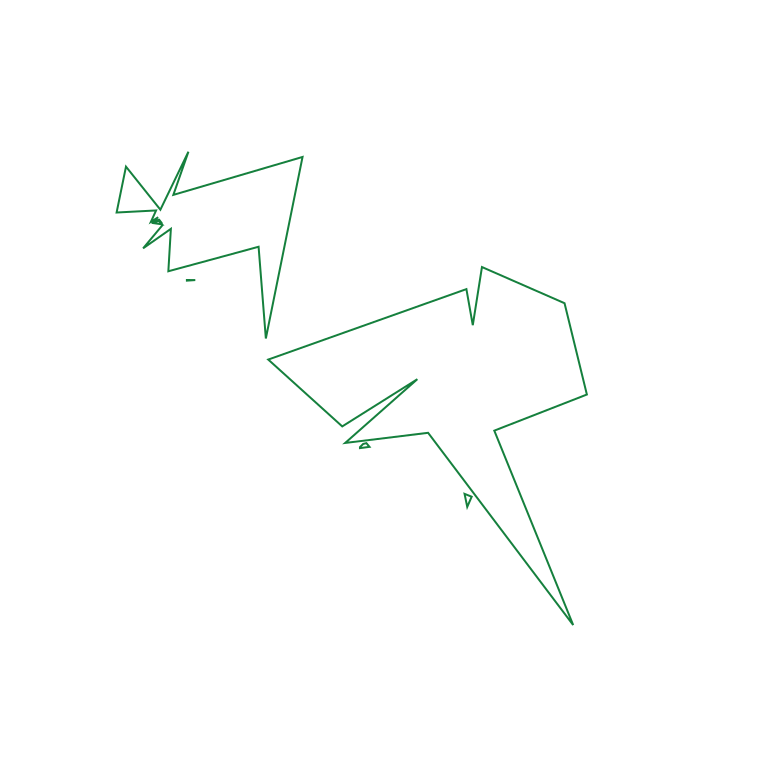 the border of Newfoundland and Labrador, rotated 161°
{"feature_id": "CAN-686", "entity_name": "Newfoundland and Labrador", "entity_type": "Province", "adm_level": 1, "iso_a3": "CAN", "parent_name": "Canada", "parent_adm1": "", "projection": "orthographic", "projection_center": [-58.847, 53.496], "detail": "coarse", "context": "isolated", "style": "outline", "palette": "green", "viewbox_px": 768, "rotation_deg": 161, "n_neighbors": 0, "source": "natural_earth", "source_scale": "10m", "svg_char_len": 769}
<svg xmlns="http://www.w3.org/2000/svg" viewBox="0 0 768 768"><g transform="rotate(161 384 384)"><path d="M283.6,94.5L358.2,323.5L439.9,340.9L350.9,377.7L437.3,357.5L485.5,444.8L275.2,446.9L280.9,410.7L253.3,462.7L187.0,401.6L195.6,308.0L294.9,304.0L283.6,94.5ZM581.0,633.2L557.2,673.5L538.7,621.6L493.3,667.3L521.6,631.4L387.1,625.2L480.9,465.5L457.9,554.6L551.2,560.8L535.0,600.1L567.6,590.7L542.1,606.1L541.8,608.7L543.1,612.5L550.0,613.0L543.2,615.2L551.6,613.2L543.0,622.3L581.0,633.2ZM337.8,248.9L345.3,240.7L343.6,253.9L337.8,248.9ZM418.2,329.3L427.6,331.2L427.3,332.1L423.2,334.1L419.9,333.8L418.2,329.3ZM536.5,546.5L528.6,543.7L536.7,545.9L536.5,546.5ZM542.0,607.3L551.2,612.0L543.9,611.5L542.0,607.3Z" fill="none" stroke="#15803d" stroke-width="2"/></g></svg>